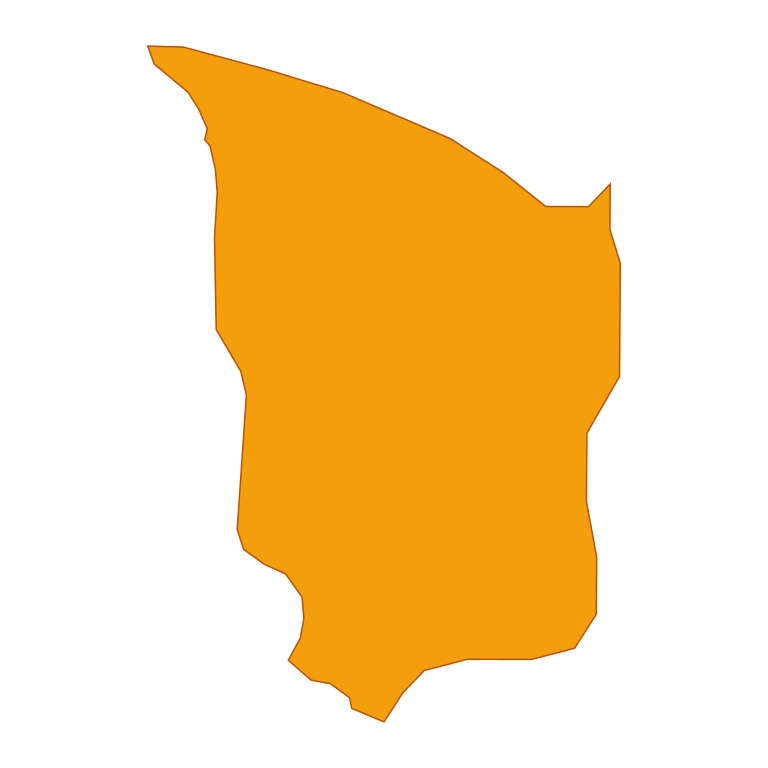 Sariwon City, Hwanghae-bukto, North Korea (Albers equal-area conic projection)
{"feature_id": "82179303B86388706464223", "entity_name": "Sariwon City", "entity_type": "district", "adm_level": 2, "iso_a3": "PRK", "parent_name": "North Korea", "parent_adm1": "Hwanghae-bukto", "projection": "albers", "projection_center": [125.699, 38.566], "detail": "fine", "context": "isolated", "style": "filled", "palette": "amber", "viewbox_px": 768, "rotation_deg": 0, "n_neighbors": 0, "source": "geoboundaries", "source_scale": "gbopen_adm2", "svg_char_len": 735}
<svg xmlns="http://www.w3.org/2000/svg" viewBox="0 0 768 768"><path d="M147.7,46.1L154.3,64.2L169.7,76.9L188.1,92.3L199.0,109.8L207.2,128.5L204.8,139.9L210.0,146.0L215.4,169.4L217.2,192.8L214.5,238.4L216.2,329.5L240.9,371.6L246.4,395.0L237.2,529.4L243.6,549.3L264.6,564.5L285.6,573.9L302.1,597.2L303.9,618.3L300.3,638.1L288.3,660.3L311.2,680.2L330.4,683.7L349.6,697.8L351.7,708.4L384.0,721.9L402.6,693.1L424.2,670.5L467.2,659.3L531.6,659.4L574.6,648.2L596.3,614.2L596.7,557.6L586.4,501.0L586.9,433.1L619.5,376.5L620.0,308.6L620.3,263.3L609.9,229.3L610.2,184.0L588.6,206.6L545.8,206.5L503.2,172.5L449.9,138.4L396.6,115.6L343.2,92.8L268.5,70.0L225.8,58.5L183.0,47.0L147.7,46.1Z" fill="#f59e0b" stroke="#b45309" stroke-width="1.5"/></svg>